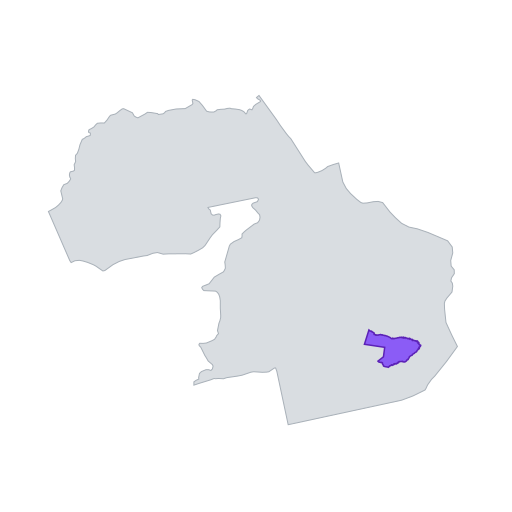 Senanga, Western, Zambia (highlighted), rotated 258°
{"feature_id": "96606910B84216604788069", "entity_name": "Senanga", "entity_type": "district", "adm_level": 2, "iso_a3": "ZMB", "parent_name": "Zambia", "parent_adm1": "Western", "projection": "equal_earth", "projection_center": [23.97, -16.023], "detail": "fine", "context": "in_parent", "style": "filled", "palette": "violet", "viewbox_px": 512, "rotation_deg": 258, "n_neighbors": 0, "source": "geoboundaries", "source_scale": "gbopen_adm2", "svg_char_len": 8390}
<svg xmlns="http://www.w3.org/2000/svg" viewBox="0 0 512 512"><g transform="rotate(258 256 256)"><path d="M329.8,356.2L310.4,356.3L303.3,358.3L297.5,361.4L290.5,366.3L286.5,369.7L285.4,371.6L284.8,375.8L284.7,382.2L284.0,386.8L281.9,391.0L271.3,396.1L264.5,400.3L257.7,405.2L252.5,411.6L249.0,419.5L243.2,429.2L231.0,446.6L224.0,449.8L218.1,449.1L211.1,445.5L205.5,444.8L201.3,447.0L197.5,446.3L194.0,442.7L191.0,441.4L188.6,442.4L185.6,442.2L180.0,440.2L175.2,434.0L172.6,431.4L170.5,430.4L164.8,429.4L151.5,428.0L137.7,431.1L125.6,434.2L113.2,420.4L101.3,405.8L98.8,402.0L94.3,397.1L91.1,394.7L89.8,393.5L86.5,380.5L84.7,368.5L84.3,252.4L138.9,252.4L142.4,251.9L142.6,250.7L140.1,244.5L140.2,242.3L140.9,238.1L143.3,229.6L143.4,226.8L142.3,217.6L142.4,212.5L143.1,202.1L142.7,198.6L144.0,193.9L144.4,190.8L144.9,189.5L144.3,185.9L143.2,173.5L142.6,168.4L145.8,169.1L146.9,171.7L147.5,174.5L149.0,174.6L152.9,176.3L154.3,178.6L155.2,183.5L154.6,186.1L153.4,188.1L154.6,189.9L157.2,191.1L158.8,190.8L163.2,187.4L167.2,186.1L169.3,185.3L178.3,183.0L180.1,181.8L181.4,181.8L182.3,182.8L181.5,186.3L181.2,189.4L182.3,195.3L183.1,198.1L185.0,200.1L186.4,201.1L187.9,203.2L191.0,202.8L198.0,205.8L200.1,207.2L203.0,208.6L205.0,209.1L212.2,210.2L219.7,211.8L223.6,212.0L226.4,211.6L228.3,210.7L229.5,209.8L230.1,209.0L233.0,197.8L234.4,196.9L236.3,196.3L237.4,197.4L238.6,204.4L244.0,210.8L245.8,216.1L247.2,220.7L248.3,221.9L250.4,223.5L253.7,224.0L256.6,224.2L271.3,232.0L272.9,233.4L274.7,237.5L275.7,242.2L276.8,245.9L278.7,246.6L280.4,246.9L282.1,249.5L283.3,251.7L287.6,260.8L288.2,264.5L290.3,266.9L293.1,268.0L295.7,268.1L297.3,267.0L301.0,265.1L304.0,262.9L306.1,262.2L307.4,262.7L308.3,264.2L308.9,268.7L311.0,270.3L312.5,269.6L313.1,267.9L313.1,267.0L313.5,219.1L312.2,219.4L310.5,220.8L306.6,220.9L305.1,222.0L304.6,223.5L304.9,225.5L304.9,228.2L304.3,229.5L302.6,230.0L300.2,228.9L295.7,227.6L292.0,226.7L289.4,223.1L285.8,217.7L283.4,215.0L277.8,209.3L276.8,208.2L275.1,205.5L273.6,201.0L272.2,195.8L271.5,192.5L272.9,187.4L276.3,170.8L277.1,165.6L279.9,160.3L280.1,155.6L279.1,149.6L279.4,146.2L279.8,127.2L279.1,121.1L277.3,114.4L273.2,105.1L273.2,103.1L279.6,97.1L281.5,94.8L284.8,89.9L287.1,85.7L288.5,82.3L289.0,77.9L288.0,73.8L290.2,72.9L342.7,62.2L343.5,65.0L345.0,69.8L346.8,73.3L349.0,76.4L350.9,78.2L352.2,78.8L360.3,78.6L363.2,80.5L365.7,82.8L366.3,86.5L367.9,88.8L369.7,90.6L370.5,90.8L371.8,90.3L374.0,90.3L376.0,91.1L376.9,91.9L377.0,95.0L377.6,96.3L380.3,96.9L383.1,97.1L385.8,99.2L388.7,99.5L392.0,100.4L393.6,102.6L397.2,104.9L401.5,107.0L406.3,110.4L406.4,111.4L407.2,113.4L408.0,114.8L408.1,116.9L408.4,118.9L409.7,119.4L410.7,119.5L411.6,118.1L412.9,118.1L414.3,119.0L414.8,121.3L415.9,124.3L417.6,126.4L418.8,128.4L418.4,132.0L417.6,135.3L420.0,138.6L423.1,141.8L423.9,143.1L424.1,147.8L424.6,149.3L426.6,153.2L427.7,155.7L427.6,157.2L421.8,164.9L418.2,166.0L416.7,167.6L415.7,169.2L417.9,176.8L419.1,179.7L418.1,183.3L415.7,189.4L414.7,189.9L414.4,194.6L415.1,196.3L416.2,197.6L416.6,200.7L416.4,208.5L414.9,217.4L417.4,225.1L418.3,226.0L421.8,226.0L422.4,226.7L421.5,228.9L419.0,232.3L414.4,234.9L407.9,237.8L406.5,240.6L405.6,244.7L406.3,247.1L407.1,248.4L406.8,252.0L406.2,255.7L406.3,258.7L406.0,261.3L405.2,262.5L404.0,266.5L402.5,270.4L401.4,272.2L399.7,274.1L397.1,275.6L397.2,276.4L400.1,278.2L400.8,279.5L401.1,280.4L399.8,282.4L401.1,283.6L402.8,284.6L404.3,287.2L406.0,292.1L406.3,292.6L406.8,292.7L407.8,292.1L409.6,290.1L410.9,289.4L412.4,292.3L385.1,304.4L378.7,306.9L369.2,311.2L366.1,312.8L363.6,314.4L338.2,323.9L334.2,325.8L325.3,330.6L325.0,331.4L325.0,333.6L325.8,338.2L327.3,342.3L328.6,344.7L329.4,350.8L329.8,356.2Z" fill="#d9dde1" stroke="#a8b0b8" stroke-width="1"/><path d="M147.1,343.7L139.9,362.9L130.9,359.7L127.8,353.4L127.5,353.5L127.3,353.9L126.9,354.0L126.6,354.3L126.7,354.5L126.4,354.8L126.2,355.4L125.9,355.8L125.7,356.1L125.9,356.5L125.7,357.0L125.3,357.4L125.0,357.5L124.3,357.2L122.7,357.9L122.4,357.8L121.8,357.9L120.9,359.3L120.6,360.2L120.4,360.5L120.4,360.9L120.3,361.1L120.2,361.3L119.9,361.8L119.6,362.2L119.7,362.5L120.2,363.0L120.2,363.6L120.7,363.8L120.8,364.0L120.8,364.4L120.7,364.7L120.7,364.9L121.0,365.2L121.1,365.7L121.4,365.9L121.4,366.1L120.8,366.3L120.7,366.4L120.7,366.6L121.1,367.0L120.9,367.8L121.0,368.1L121.4,368.3L121.3,368.8L121.4,369.0L121.5,369.1L121.7,368.8L121.9,368.8L121.9,369.2L121.7,369.7L121.7,370.3L121.2,370.5L121.3,370.9L121.7,370.8L121.8,370.9L121.8,371.2L121.6,371.6L121.6,371.8L121.8,372.7L122.0,372.9L122.3,372.6L122.5,372.8L122.3,373.2L122.2,373.4L122.2,373.5L122.4,373.6L122.6,373.5L123.0,373.9L123.0,374.1L123.0,374.3L122.8,374.6L122.7,375.2L122.7,375.8L122.5,376.5L122.5,376.8L122.5,377.4L122.4,377.6L121.9,377.7L121.8,377.9L121.7,378.5L121.5,379.0L121.4,379.7L121.6,379.9L121.7,380.3L121.8,380.8L122.3,381.6L122.7,381.7L122.9,381.9L122.9,382.5L123.0,382.7L123.0,383.0L123.1,383.3L123.4,383.5L123.7,383.4L123.8,383.5L124.3,384.3L124.6,384.5L125.1,385.0L125.6,385.1L125.7,385.4L125.9,385.8L126.1,386.3L126.4,387.2L126.4,387.9L126.6,388.2L127.3,388.6L127.5,389.5L127.8,390.0L127.8,390.5L128.2,391.0L128.3,391.1L128.4,391.4L128.7,391.8L128.8,392.8L128.9,393.0L129.6,393.7L129.9,393.8L130.1,393.9L130.5,394.5L130.6,394.9L130.8,395.2L131.4,395.3L131.5,395.4L131.5,395.6L131.4,395.8L131.1,395.7L131.2,396.0L131.4,396.4L131.7,396.4L131.9,396.6L132.7,396.4L132.8,396.8L133.0,396.8L133.1,397.3L133.1,397.6L133.3,397.9L133.7,398.0L133.9,398.3L134.1,398.2L134.5,398.5L134.6,398.4L134.5,398.2L134.5,397.9L134.8,397.8L134.9,397.7L135.1,397.7L135.3,397.4L135.6,397.5L135.8,397.5L135.9,397.3L136.1,397.0L136.3,397.1L136.8,396.9L137.0,396.9L137.1,396.7L137.2,396.8L137.2,396.7L137.5,396.9L137.8,396.7L137.7,396.6L137.9,396.5L138.0,396.4L138.1,396.2L138.1,396.3L138.2,396.2L138.2,396.3L138.3,396.2L138.6,396.0L138.7,395.9L138.8,395.8L138.9,396.0L139.0,395.9L139.0,396.0L139.1,395.9L139.2,396.0L139.3,395.8L139.5,395.8L139.5,395.6L139.6,395.2L139.7,394.9L139.6,394.7L139.7,394.4L139.8,394.4L139.9,394.5L140.0,394.4L140.0,394.1L139.9,394.0L140.1,393.7L140.3,393.4L140.7,392.9L140.7,392.7L140.8,392.6L140.7,392.3L141.1,392.0L141.2,391.9L141.2,391.7L141.3,391.7L141.5,391.6L141.4,391.5L141.5,391.5L141.5,391.4L141.6,391.2L141.7,391.3L141.8,391.1L142.0,391.2L142.1,390.8L142.0,390.7L142.2,390.4L142.3,390.3L142.4,390.2L142.5,390.1L142.4,390.1L142.5,390.1L142.6,389.9L142.8,389.8L142.7,389.4L142.8,389.4L142.7,389.2L142.9,388.9L143.1,388.9L143.0,388.6L143.1,388.4L143.5,387.9L143.6,388.0L143.6,387.9L143.7,387.6L143.7,387.1L143.8,387.1L144.0,387.0L144.1,386.9L144.1,386.7L144.3,386.3L144.5,386.1L144.7,385.8L144.7,385.6L144.8,385.5L144.9,385.4L145.1,385.3L145.0,385.0L144.9,384.9L144.8,385.0L144.9,384.9L145.0,384.8L145.0,384.6L145.1,384.4L145.1,384.2L145.2,384.3L145.3,384.2L145.2,384.2L145.4,384.0L145.3,383.9L145.3,383.7L145.5,383.6L145.6,383.4L145.7,383.2L145.8,382.9L145.7,382.8L145.8,382.7L145.8,382.4L145.8,382.2L146.0,382.1L146.2,381.9L146.2,381.7L146.3,381.5L146.3,381.3L146.2,381.3L146.4,381.1L146.4,380.8L146.3,380.7L146.3,380.3L146.5,379.9L146.4,379.7L146.6,379.4L146.6,379.1L146.4,378.9L146.4,378.6L146.4,378.4L146.4,377.6L146.5,377.5L146.6,377.4L146.5,376.8L146.4,376.5L146.4,376.4L146.4,376.1L146.5,375.9L146.4,375.6L146.5,375.3L146.6,374.5L146.5,374.4L146.5,374.0L146.5,373.7L146.6,373.4L146.8,373.2L146.7,373.2L146.8,373.0L146.8,372.7L146.7,372.7L146.8,372.2L146.8,371.9L147.0,371.6L147.0,371.4L147.3,371.1L148.3,370.3L148.5,370.0L148.6,369.9L149.2,369.2L149.5,368.8L149.6,368.6L149.9,368.2L150.3,367.8L150.4,367.3L150.7,367.0L151.0,366.3L151.3,366.0L151.4,365.8L151.5,365.5L151.4,365.3L151.5,365.1L151.7,364.9L151.9,364.5L151.9,364.3L152.0,364.2L152.2,363.6L152.3,363.6L152.7,363.1L152.8,362.6L152.7,362.2L153.0,361.9L153.1,361.7L153.3,361.6L153.2,361.0L153.2,360.8L153.2,360.6L153.3,360.5L153.4,360.2L153.4,359.9L153.3,359.6L153.3,359.4L153.1,358.9L153.2,358.7L153.4,358.4L153.4,358.2L153.5,358.2L153.7,357.9L153.6,357.6L153.5,357.4L153.5,356.9L153.7,356.6L153.8,356.6L154.0,356.8L154.2,356.6L154.2,356.3L154.4,356.0L154.4,355.8L154.5,355.7L154.6,355.3L154.9,355.2L155.3,355.5L155.7,355.5L156.1,355.5L156.3,355.1L156.6,355.1L156.7,354.9L157.0,354.7L157.2,354.2L157.5,353.8L157.8,353.6L158.0,353.7L158.2,353.2L158.6,353.1L158.7,352.4L158.9,352.3L159.0,351.9L159.2,351.5L159.5,351.4L159.8,351.4L160.2,351.1L147.1,343.7Z" fill="#8b5cf6" stroke="#5b21b6" stroke-width="1.5"/></g></svg>